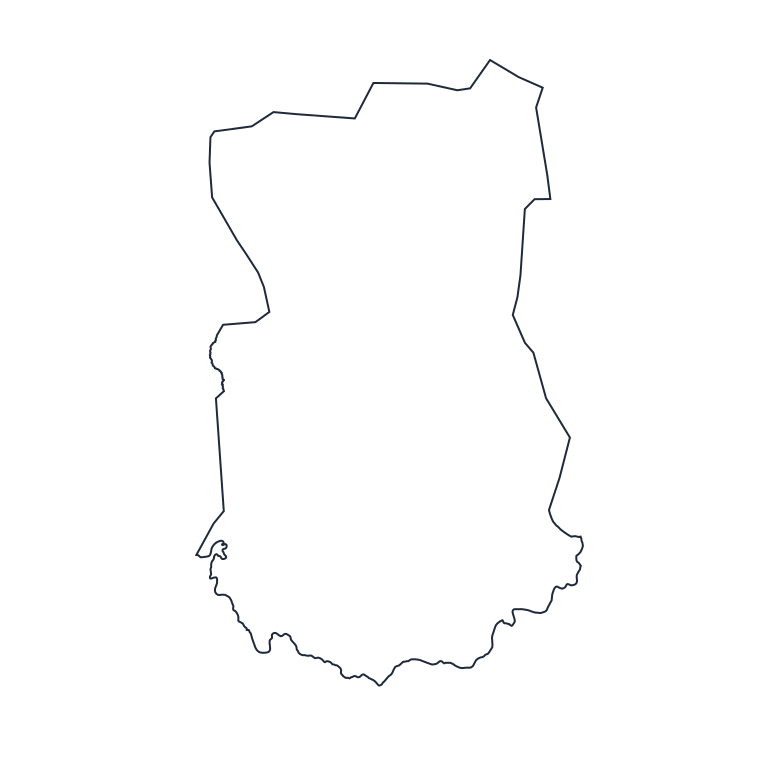 outline of To'morbulag, Hövsgöl, Mongolia, rotated 77°
{"feature_id": "93677404B25273038411096", "entity_name": "To'morbulag", "entity_type": "district", "adm_level": 2, "iso_a3": "MNG", "parent_name": "Mongolia", "parent_adm1": "Hövsgöl", "projection": "orthographic", "projection_center": [100.416, 49.267], "detail": "fine", "context": "isolated", "style": "outline", "palette": "slate", "viewbox_px": 768, "rotation_deg": 77, "n_neighbors": 0, "source": "geoboundaries", "source_scale": "gbopen_adm2", "svg_char_len": 6149}
<svg xmlns="http://www.w3.org/2000/svg" viewBox="0 0 768 768"><g transform="rotate(77 384 384)"><path d="M101.5,408.2L94.2,430.5L103.2,454.9L99.7,492.5L104.5,497.6L129.0,504.2L163.5,509.5L210.9,495.0L226.3,489.1L247.1,481.6L262.5,479.2L288.0,479.5L294.8,495.4L290.1,527.5L298.9,535.8L301.0,536.8L302.1,537.8L303.4,537.9L303.9,538.7L305.0,538.8L305.1,539.0L305.1,539.8L305.5,540.6L305.7,541.7L306.9,542.4L307.4,543.5L308.4,544.5L308.9,544.7L311.0,544.8L312.7,546.1L314.5,546.0L314.9,546.4L316.1,546.5L316.6,547.2L317.8,547.0L319.0,547.6L319.6,547.5L320.3,546.9L321.2,546.8L321.9,546.4L323.0,546.5L324.4,547.2L325.4,546.5L327.5,546.7L328.7,545.6L330.5,545.2L330.7,544.5L331.6,544.0L331.7,543.4L332.0,542.8L332.4,542.5L332.8,541.8L333.5,541.3L334.2,541.3L334.6,540.6L335.1,540.2L336.1,540.2L336.9,539.5L337.7,539.9L338.4,539.6L339.3,539.7L339.9,539.6L340.7,540.0L341.5,539.8L342.3,540.1L342.9,539.9L343.4,540.1L343.9,539.1L344.3,539.1L344.8,540.0L345.2,540.2L346.0,541.5L347.0,541.6L347.5,541.9L347.8,541.4L348.2,541.2L348.9,541.8L349.9,541.4L351.6,542.1L352.3,541.7L353.5,541.9L354.0,541.6L354.9,541.5L360.2,551.0L471.8,568.7L481.6,581.4L508.4,605.3L508.8,604.2L509.1,603.5L511.3,601.9L511.7,601.3L511.9,600.0L512.3,595.5L512.3,593.7L512.0,592.7L511.4,592.0L510.2,591.1L505.2,588.8L503.8,587.6L502.2,585.7L501.3,584.2L500.6,582.5L500.0,579.7L500.0,578.5L500.4,577.1L501.1,576.3L501.8,576.0L503.0,576.0L503.3,576.4L503.8,577.9L504.4,577.8L504.6,577.4L504.6,576.5L504.3,575.3L504.3,574.6L504.8,574.0L505.3,573.7L506.1,573.7L507.1,573.9L507.8,574.4L508.4,575.1L508.6,575.7L508.7,577.5L508.9,578.1L509.2,578.5L509.7,578.8L510.6,578.8L511.8,578.3L514.1,578.0L516.1,576.8L517.0,576.7L517.6,576.9L518.0,577.4L518.4,578.4L518.4,579.9L518.2,580.8L517.8,581.3L517.0,581.7L515.7,582.0L515.1,582.3L514.6,583.0L514.2,584.2L512.7,584.8L512.2,585.4L512.1,586.1L512.6,587.1L513.3,587.9L514.3,588.6L515.1,588.7L515.9,589.1L517.2,590.2L518.1,591.5L520.5,592.9L523.4,593.5L524.6,594.3L525.4,594.7L530.3,595.2L531.1,595.6L532.0,596.5L533.0,597.1L533.9,597.2L534.4,597.0L534.7,596.4L534.4,593.2L534.5,591.8L534.8,591.0L535.5,590.6L536.4,590.5L539.5,591.2L541.0,591.8L544.9,594.4L547.2,595.2L549.1,595.2L550.7,594.5L552.1,593.2L552.5,592.1L553.0,588.5L553.7,586.3L555.2,584.5L556.8,582.9L557.9,582.3L560.9,581.4L562.3,581.4L566.5,580.7L568.8,581.5L570.0,581.7L571.1,580.9L572.0,579.8L574.1,578.9L575.7,578.5L577.7,578.3L578.8,578.4L581.2,579.1L582.1,579.1L583.1,578.4L583.9,577.3L585.6,575.5L588.8,574.6L591.2,572.8L592.8,573.1L593.0,572.7L593.1,571.6L593.3,571.2L593.9,570.9L595.5,570.7L597.2,569.9L602.8,569.7L612.0,568.6L614.2,567.9L615.9,567.0L617.4,565.5L618.5,563.2L619.1,560.2L619.3,557.8L618.9,556.3L617.9,555.2L616.6,554.5L609.8,553.6L608.2,553.0L607.6,552.5L606.8,550.9L606.2,550.2L603.4,549.7L602.6,549.0L602.0,547.9L601.9,546.6L602.3,545.5L603.6,544.1L605.2,543.0L605.6,542.3L606.5,541.4L606.5,539.8L605.3,537.4L605.3,536.1L605.5,535.5L607.2,533.6L608.6,532.3L610.6,532.0L611.3,532.2L612.3,532.1L613.6,531.5L617.6,529.3L619.1,528.7L620.3,528.5L623.3,528.7L624.8,527.9L626.6,527.7L628.2,526.6L629.4,525.1L630.1,523.6L630.4,522.1L631.2,520.6L631.8,518.8L631.9,517.0L632.3,516.0L633.1,515.1L635.5,513.1L635.8,512.0L635.7,510.5L635.9,509.5L636.7,508.1L638.2,506.5L639.5,505.7L641.5,504.6L641.8,504.1L641.3,502.7L641.2,501.9L641.6,500.9L642.7,499.1L643.5,498.4L645.5,497.3L646.1,495.8L647.1,494.6L647.4,493.4L648.7,492.1L651.2,490.4L653.2,490.1L655.9,491.0L656.9,490.8L657.7,490.5L658.3,489.9L659.2,489.7L661.3,487.9L661.9,486.9L662.0,485.7L662.4,484.8L663.0,484.0L662.9,483.0L662.4,482.4L662.3,480.5L661.9,479.2L661.9,478.4L662.3,477.4L663.9,475.4L664.0,474.6L663.9,473.5L662.4,470.9L662.3,470.1L662.4,469.1L663.1,468.2L664.0,467.7L664.7,466.8L666.1,465.5L667.2,464.8L668.1,463.5L669.0,462.6L669.5,461.6L671.9,459.5L675.7,457.5L676.6,456.8L676.8,456.1L676.6,454.9L676.1,453.6L674.5,452.0L674.0,450.8L670.9,446.7L669.6,444.7L668.7,442.5L667.2,440.8L664.2,438.6L662.1,436.6L661.7,434.1L661.6,433.1L661.6,432.5L658.6,427.2L659.0,427.5L659.3,426.3L659.2,424.3L659.5,422.6L658.6,420.3L658.5,419.1L659.1,416.2L659.9,413.7L660.9,411.3L665.0,405.2L668.0,400.5L668.2,399.8L668.4,397.9L668.4,396.2L668.3,395.4L666.7,392.0L666.8,390.8L667.2,390.1L667.9,389.7L669.7,388.2L669.5,386.8L670.5,382.3L670.9,381.6L672.5,379.6L674.6,377.8L676.1,375.9L677.6,373.8L678.4,371.8L678.9,367.6L679.7,364.4L679.7,362.8L678.8,360.8L673.9,356.5L673.3,355.4L672.8,354.4L672.3,352.4L672.2,351.4L672.2,349.1L671.9,348.1L670.6,346.1L670.3,343.8L670.0,343.1L669.3,342.2L665.0,337.8L663.0,337.1L657.3,336.1L656.0,336.0L653.6,335.1L646.0,330.5L644.1,329.1L642.8,327.4L641.4,324.3L641.1,322.9L640.8,322.2L640.9,321.7L642.0,321.3L643.3,321.2L644.2,320.5L644.6,319.0L645.5,317.2L646.1,316.5L646.3,315.8L647.4,315.2L648.3,314.1L648.1,313.3L646.9,311.9L645.5,310.5L644.5,309.9L642.8,309.7L636.2,310.1L635.1,310.0L634.3,309.8L633.6,309.4L632.9,308.4L632.8,307.9L633.0,306.4L633.6,304.1L634.3,300.7L635.2,298.2L636.6,295.0L637.5,293.3L638.8,291.5L640.2,289.1L641.1,287.2L641.1,286.5L642.0,284.3L642.4,282.6L642.1,279.2L641.8,277.7L641.0,276.4L640.4,275.9L639.0,275.0L634.3,271.0L633.0,269.7L632.4,269.3L626.9,267.4L626.0,266.9L622.6,264.8L621.4,263.8L620.3,262.4L620.2,261.6L620.5,260.6L622.5,258.3L623.2,257.0L623.5,255.8L623.2,254.3L622.6,253.0L621.1,251.7L620.4,250.9L620.2,250.1L621.0,248.6L622.1,247.4L622.4,246.0L622.5,245.0L622.3,243.1L622.0,242.3L621.1,241.1L619.7,240.3L615.0,239.6L613.3,239.0L610.4,236.5L609.2,235.1L607.5,234.2L606.3,233.8L605.5,233.1L602.2,234.4L600.8,235.7L599.5,236.1L597.2,235.9L594.7,235.2L593.5,232.6L591.8,230.2L588.8,227.9L586.5,226.6L582.9,226.4L581.1,226.8L579.1,226.5L576.9,226.8L577.0,228.4L575.3,231.8L574.9,234.8L574.9,235.8L573.8,237.1L572.0,238.9L568.9,241.8L565.5,244.6L562.2,246.6L560.7,247.9L556.1,250.2L552.2,251.0L547.7,251.5L543.9,251.6L515.2,234.2L478.0,214.9L434.3,229.3L387.1,231.4L375.6,237.4L345.7,243.0L329.3,234.4L308.5,226.5L245.2,207.4L237.8,195.7L241.2,180.3L217.0,177.9L148.8,173.6L131.0,162.7L115.3,183.7L92.2,207.8L115.3,233.6L114.3,246.4L101.1,274.1L88.3,326.6L118.7,352.7L101.5,408.2Z" fill="none" stroke="#1e293b" stroke-width="2"/></g></svg>